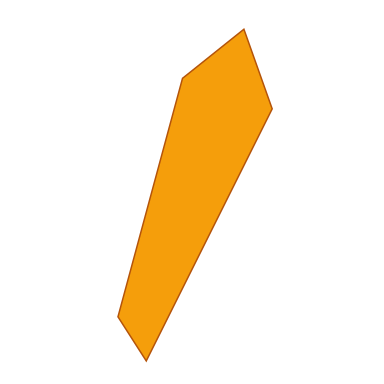 an SVG outline of Anguilla, rotated 315°
{"feature_id": "AIA", "entity_name": "Anguilla", "entity_type": "country or territory", "adm_level": 0, "iso_a3": "AIA", "parent_name": "North America", "parent_adm1": "", "projection": "orthographic", "projection_center": [-63.054, 18.221], "detail": "fine", "context": "isolated", "style": "filled", "palette": "amber", "viewbox_px": 384, "rotation_deg": 315, "n_neighbors": 0, "source": "natural_earth", "source_scale": "50m", "svg_char_len": 241}
<svg xmlns="http://www.w3.org/2000/svg" viewBox="0 0 384 384"><g transform="rotate(315 192 192)"><path d="M307.5,189.9L40.2,279.1L51.4,227.9L265.7,104.9L343.8,113.6L307.5,189.9Z" fill="#f59e0b" stroke="#b45309" stroke-width="1.5"/></g></svg>